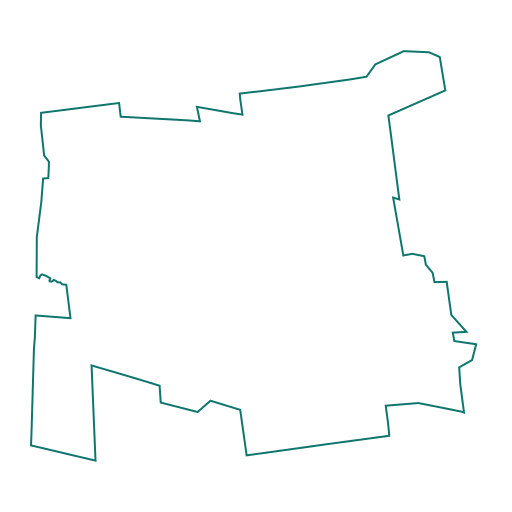 Hartford, Connecticut, United States of America (Albers equal-area conic projection), rotated 271°
{"feature_id": "52423323B68232654856936", "entity_name": "Hartford", "entity_type": "district", "adm_level": 2, "iso_a3": "USA", "parent_name": "United States of America", "parent_adm1": "Connecticut", "projection": "albers", "projection_center": [-72.721, 41.792], "detail": "fine", "context": "isolated", "style": "outline", "palette": "teal", "viewbox_px": 512, "rotation_deg": 271, "n_neighbors": 0, "source": "geoboundaries", "source_scale": "gbopen_adm2", "svg_char_len": 1269}
<svg xmlns="http://www.w3.org/2000/svg" viewBox="0 0 512 512"><g transform="rotate(271 256 256)"><path d="M395.4,38.6L382.8,38.6L366.4,40.7L352.8,42.4L346.7,47.3L341.5,47.3L330.4,47.0L330.3,46.9L329.7,41.8L306.2,40.4L271.1,36.5L231.2,37.0L230.0,39.6L232.7,40.7L233.9,42.4L232.4,46.7L230.1,50.7L229.6,50.8L228.0,49.9L227.0,50.2L226.8,51.7L227.5,53.2L228.6,54.2L227.6,56.4L226.2,58.0L226.2,60.7L224.3,62.6L223.9,66.8L218.5,67.6L190.6,71.6L192.7,36.7L170.4,36.3L159.4,35.6L82.5,34.7L68.8,34.5L62.7,34.3L48.6,99.1L143.7,93.5L131.0,139.6L124.6,161.9L107.8,163.3L99.0,200.3L110.5,213.0L101.9,242.9L56.5,250.1L68.3,325.3L68.6,327.0L78.6,392.4L91.6,390.9L108.6,388.3L111.8,421.0L104.0,464.1L103.1,466.7L131.9,462.4L132.1,462.4L148.2,461.1L155.8,473.9L166.0,476.3L171.6,477.7L174.4,455.8L182.8,454.1L183.8,467.7L200.5,452.3L233.5,447.1L233.0,434.9L242.2,432.9L250.3,426.0L258.7,424.3L260.9,412.3L259.1,403.3L316.8,392.1L315.0,398.3L372.8,389.8L398.8,385.9L424.9,442.4L450.3,437.7L458.1,436.3L462.7,425.5L463.4,400.2L449.7,372.0L437.2,363.4L434.4,348.3L429.0,313.8L426.4,297.4L420.7,256.7L419.9,250.1L418.1,236.9L411.8,237.6L397.1,240.0L398.4,230.4L404.1,194.3L389.7,197.6L390.4,186.0L392.9,118.3L406.6,116.4L395.4,38.6Z" fill="none" stroke="#0f766e" stroke-width="2"/></g></svg>